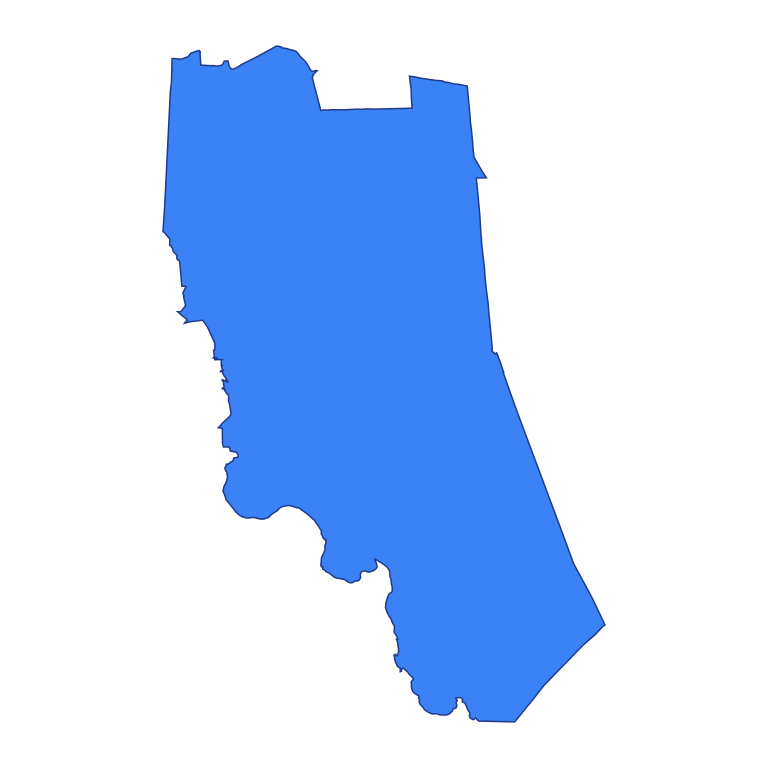 Ceamurlia De Jos, Tulcea, Romania
{"feature_id": "2599482B14465216932535", "entity_name": "Ceamurlia De Jos", "entity_type": "district", "adm_level": 2, "iso_a3": "ROU", "parent_name": "Romania", "parent_adm1": "Tulcea", "projection": "mercator", "projection_center": [28.752, 44.725], "detail": "fine", "context": "isolated", "style": "filled", "palette": "blue", "viewbox_px": 768, "rotation_deg": 0, "n_neighbors": 0, "source": "geoboundaries", "source_scale": "gbopen_adm2", "svg_char_len": 6046}
<svg xmlns="http://www.w3.org/2000/svg" viewBox="0 0 768 768"><path d="M172.0,58.8L171.9,68.3L171.4,83.4L170.4,90.8L164.9,202.0L164.7,205.6L163.0,231.7L163.7,231.9L164.6,232.7L167.3,236.1L169.5,238.5L169.9,240.2L169.6,245.0L169.8,245.4L170.8,245.6L171.1,245.9L171.4,247.2L172.0,247.7L172.8,249.3L173.2,251.6L176.9,255.3L177.1,256.0L176.9,256.5L176.8,258.0L177.2,259.3L177.7,259.9L179.1,260.5L179.6,261.3L181.9,286.3L183.9,286.2L186.0,286.5L182.9,293.0L183.3,294.9L183.7,295.1L184.1,296.0L183.6,296.6L183.6,297.0L185.4,304.7L185.5,305.7L180.9,311.7L177.7,311.7L181.9,315.5L186.6,319.0L186.9,320.1L187.3,320.4L184.8,322.6L184.4,323.3L188.3,322.2L192.0,321.5L202.7,320.2L207.6,327.3L210.4,333.5L211.6,335.9L212.2,337.6L212.6,338.1L214.6,342.8L215.0,347.0L214.8,349.2L214.7,349.5L214.3,350.0L213.5,350.3L214.2,355.5L214.1,357.2L213.4,357.8L216.8,357.8L217.0,358.8L214.6,358.9L214.7,359.7L222.1,359.6L221.6,360.2L221.2,361.9L221.1,363.6L221.6,365.0L222.3,365.7L221.3,366.1L222.2,369.2L223.0,369.8L223.0,370.5L222.1,370.5L220.5,371.0L220.4,371.7L221.7,371.5L222.7,371.9L222.6,373.1L224.4,376.4L225.7,377.5L225.6,378.7L227.4,380.4L227.9,381.6L227.6,382.2L226.9,382.1L225.5,380.7L224.2,380.5L223.3,379.9L222.2,379.9L222.2,380.4L222.6,380.8L222.6,381.1L223.6,381.5L223.5,384.5L224.2,386.5L223.4,387.7L222.3,388.2L222.3,388.7L222.7,389.0L224.7,388.8L224.4,389.6L224.6,390.3L225.5,391.8L226.3,392.6L226.6,393.6L227.8,394.2L228.4,395.4L228.6,398.8L228.5,401.3L229.4,403.5L230.4,409.7L231.1,412.4L231.1,413.4L230.8,414.5L229.2,416.8L223.0,422.6L218.4,427.7L222.3,428.3L222.5,443.6L223.5,447.0L229.1,447.0L229.5,447.5L229.6,448.5L230.0,449.1L230.0,450.4L230.3,450.9L231.2,451.3L232.7,451.4L233.6,451.8L236.5,452.2L237.0,453.5L238.1,454.9L238.2,455.5L238.0,457.2L233.8,458.0L233.5,458.3L233.5,459.8L232.0,461.6L230.4,462.0L229.7,463.0L227.5,464.5L226.7,464.0L226.1,464.7L226.2,466.0L225.3,466.9L225.0,467.5L224.9,468.5L225.6,470.1L225.7,470.9L227.0,472.4L226.9,474.0L227.4,475.7L227.4,477.9L225.7,483.8L224.9,484.4L224.0,486.5L223.7,488.1L223.1,489.8L223.1,491.2L223.3,491.2L223.4,492.2L224.4,494.4L226.2,499.8L227.3,501.2L233.9,509.3L235.1,511.3L237.7,513.7L239.6,515.3L241.9,516.4L241.8,516.6L246.0,517.9L247.6,518.0L253.6,517.5L255.0,517.7L257.4,518.5L261.3,519.1L264.2,519.0L266.3,518.1L268.5,517.5L270.8,515.0L273.7,512.9L277.8,510.3L278.9,508.7L281.6,506.8L286.9,505.7L288.6,505.5L290.4,505.7L297.2,507.8L299.0,507.9L299.9,508.4L300.9,509.5L306.1,513.0L314.6,520.5L316.6,523.7L318.1,525.5L321.3,530.9L321.3,534.1L322.5,536.0L323.2,538.1L324.9,539.7L325.8,539.7L325.9,542.8L324.8,546.3L325.0,547.3L325.0,548.8L324.6,551.0L321.7,557.1L321.3,559.3L321.1,563.1L320.8,564.5L321.3,566.8L322.7,566.7L322.8,569.2L324.4,569.8L326.1,571.6L329.9,573.6L333.9,576.9L336.8,578.2L338.6,578.3L343.8,579.4L344.7,579.7L348.1,582.0L350.1,582.7L351.5,582.8L352.7,582.5L354.8,581.1L357.9,580.9L359.4,579.9L360.2,578.5L360.4,578.0L360.4,576.7L360.5,576.7L360.3,574.8L360.5,573.7L361.3,572.3L362.2,571.5L363.8,571.0L365.4,571.0L367.5,571.9L368.6,572.1L370.0,571.9L373.9,570.4L376.2,568.5L377.0,566.9L377.0,565.6L376.2,562.7L374.8,559.7L375.0,559.2L376.2,559.7L383.6,564.3L387.2,567.2L389.0,569.8L389.8,572.1L389.8,574.9L390.1,576.9L391.0,579.5L391.7,585.2L392.1,586.6L392.3,589.8L392.0,591.9L389.3,593.8L388.4,595.0L387.6,597.0L385.9,603.3L385.5,607.7L387.4,613.1L387.8,613.5L388.9,616.0L390.9,618.7L392.2,622.3L394.2,625.8L394.5,627.0L394.1,631.5L394.3,632.3L394.9,633.6L396.8,636.3L397.8,639.0L396.4,639.2L397.1,640.9L397.5,642.5L398.4,648.4L398.6,651.7L398.1,653.0L398.0,655.0L397.5,655.6L396.0,655.7L395.8,654.3L394.9,654.4L394.0,655.2L394.5,657.3L394.6,659.4L395.3,661.1L395.5,662.4L396.7,664.4L397.3,666.1L397.9,666.3L398.4,667.1L400.4,668.4L400.2,670.3L400.3,671.7L401.5,671.1L401.2,669.7L403.4,668.0L405.9,670.5L407.5,671.8L408.4,673.3L410.7,675.8L412.8,677.7L413.4,678.7L413.3,679.4L411.5,681.3L411.2,682.5L411.6,685.3L411.4,686.6L411.8,689.3L412.6,691.0L414.2,693.1L418.8,696.0L418.9,696.6L418.5,697.7L419.5,699.8L419.1,701.6L419.7,703.0L420.5,704.8L422.3,706.4L424.5,709.6L427.5,711.8L432.2,714.0L436.8,713.7L439.7,714.9L446.4,715.0L449.1,714.0L451.8,711.7L452.5,710.8L452.8,709.2L456.2,707.7L456.9,705.2L456.1,702.7L456.7,701.2L457.2,700.7L457.1,700.1L455.9,698.7L456.0,697.8L461.5,697.6L462.7,699.9L462.1,701.2L462.7,702.2L464.7,702.8L465.2,703.2L465.5,704.6L467.0,707.4L467.4,709.0L468.1,710.0L468.1,710.6L469.9,712.7L469.9,713.9L469.5,714.6L469.4,715.4L469.6,716.9L470.3,718.2L472.4,719.3L473.6,719.7L475.4,718.0L476.1,718.4L477.2,719.9L478.6,720.5L478.9,721.1L514.7,721.9L533.9,698.3L543.8,685.6L582.9,645.3L595.6,634.2L603.0,626.2L605.0,625.0L592.3,598.2L573.7,563.8L561.3,530.1L517.1,411.7L504.1,375.2L503.2,372.5L503.7,372.4L499.5,360.1L496.7,352.9L495.2,353.9L494.3,353.0L492.2,351.4L491.9,350.8L491.9,350.1L492.3,349.9L492.4,349.4L488.6,309.8L488.2,303.9L486.0,286.9L484.9,275.3L484.6,269.8L481.6,243.4L481.4,237.6L481.0,235.1L479.8,214.8L477.3,188.0L476.3,178.9L476.3,178.5L476.7,178.1L477.4,178.0L486.3,177.8L481.8,170.8L474.0,157.2L472.7,145.0L472.8,144.1L471.4,129.4L470.3,121.1L470.0,115.5L467.2,86.1L457.5,84.1L455.8,84.1L451.8,83.5L448.1,82.3L445.5,82.3L441.9,80.8L434.5,80.3L433.5,79.9L432.1,79.9L422.2,78.4L413.1,76.6L409.4,76.2L409.7,77.1L409.9,80.5L411.1,88.4L411.4,96.0L411.3,97.2L412.1,108.2L374.7,109.1L368.7,108.9L364.1,109.0L362.8,109.3L356.7,109.2L343.4,109.8L332.0,109.7L328.2,110.1L323.6,110.0L320.8,110.5L315.2,88.9L314.4,86.3L312.3,77.5L312.4,76.9L313.2,75.6L313.0,74.9L317.2,70.6L316.5,70.5L312.6,71.3L311.2,71.0L306.9,63.6L304.8,60.9L300.0,56.2L298.6,54.1L296.9,52.2L296.1,51.5L294.5,50.6L289.3,49.4L286.8,48.5L282.2,47.9L281.5,47.0L278.6,46.2L276.9,46.1L275.8,46.4L257.5,56.5L241.7,64.4L238.3,66.7L233.9,69.0L232.2,69.2L231.4,69.1L229.5,66.7L228.9,65.0L228.2,61.6L227.8,60.8L224.1,61.2L223.2,63.4L222.2,65.1L217.1,66.2L212.8,65.6L211.5,65.7L200.8,65.1L200.1,54.7L200.2,51.5L199.3,50.5L196.4,51.2L190.8,53.2L190.3,53.6L188.3,56.6L181.2,59.2L175.0,58.6L173.4,58.5L172.0,58.8Z" fill="#3b82f6" stroke="#1e3a8a" stroke-width="1.5"/></svg>